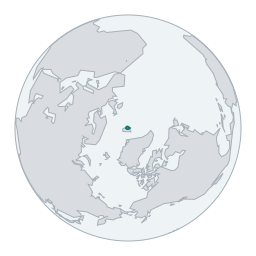 Suðurland highlighted on a globe, orthographic projection, rotated 195°
{"feature_id": "ISL-705", "entity_name": "Suðurland", "entity_type": "Region", "adm_level": 1, "iso_a3": "ISL", "parent_name": "Iceland", "parent_adm1": "", "projection": "orthographic", "projection_center": [-19.582, 64.139], "detail": "fine", "context": "on_globe", "style": "filled", "palette": "teal", "viewbox_px": 256, "rotation_deg": 195, "n_neighbors": 0, "source": "natural_earth", "source_scale": "10m", "svg_char_len": 10681}
<svg xmlns="http://www.w3.org/2000/svg" viewBox="0 0 256 256"><g transform="rotate(195 128 128)"><circle cx="128" cy="128" r="113" fill="#eef3f6" stroke="#a8b0b8"/><path d="M39.2,197.3L37.2,194.7L29.4,181.1L30.4,180.6L29.2,177.5L33.2,179.0L32.9,173.1L31.7,170.5L30.0,170.1L26.6,160.0L26.4,153.8L21.7,122.8L22.4,118.0L24.3,114.8L32.7,94.3L24.5,108.9L25.8,103.3L28.7,96.6L29.4,97.4L34.4,89.8L37.0,84.1L45.0,76.4L55.5,73.8L53.3,76.5L56.1,75.7L59.0,72.3L60.3,70.3L73.9,64.1L84.5,55.0L85.2,51.0L87.2,52.9L86.5,44.6L90.6,39.6L87.7,46.0L88.7,47.4L92.3,44.3L94.0,45.0L96.8,44.0L98.6,45.2L96.8,49.0L97.9,49.9L100.4,47.7L103.8,47.6L100.0,50.7L105.5,50.9L103.4,57.7L91.8,65.6L92.3,70.9L84.7,83.1L87.0,83.1L85.6,88.0L87.7,89.9L85.7,91.8L89.2,91.7L90.6,89.6L92.6,88.9L94.1,89.9L91.7,92.4L90.7,92.3L90.7,93.6L88.9,94.4L90.6,94.5L87.6,97.6L92.6,96.1L91.9,99.8L89.4,101.4L87.0,99.2L75.2,98.1L71.9,99.3L69.6,103.1L70.8,114.3L68.2,116.6L66.7,121.1L69.3,120.7L71.4,117.0L75.9,117.5L78.0,113.1L80.2,112.7L83.4,109.1L85.7,111.8L86.2,116.5L83.7,119.7L83.9,121.9L88.6,120.8L86.0,128.7L88.2,137.6L87.3,139.5L81.3,139.6L75.5,134.6L67.7,135.3L75.6,137.2L73.0,142.2L73.8,144.0L75.6,145.2L77.7,144.3L77.4,146.5L69.5,145.4L69.6,143.3L72.1,143.6L69.4,141.4L64.0,141.0L63.2,143.7L56.0,140.5L55.3,142.5L53.3,143.0L54.9,140.1L51.9,145.4L43.3,143.3L39.0,151.8L40.2,141.8L38.7,137.6L36.5,133.3L35.7,134.6L33.8,127.5L30.2,124.4L26.1,128.3L24.4,134.8L26.7,142.0L28.8,141.7L31.2,146.1L26.6,148.9L30.5,158.2L28.5,161.8L29.2,166.4L31.8,169.8L34.3,174.8L37.1,175.1L41.1,178.1L40.2,181.7L43.2,180.9L44.9,184.9L53.5,192.5L52.6,192.8L59.7,202.8L68.9,210.4L71.0,213.9L69.8,214.6L73.3,216.8L73.4,217.7L88.8,225.3L97.7,229.8L98.2,232.1L92.1,232.4L89.9,233.9L84.1,231.7L76.7,228.3L69.5,224.3L62.7,219.8L56.2,214.8L50.1,209.4L44.5,203.5L39.2,197.3ZM54.3,42.8L55.0,42.3L53.2,43.8L53.8,43.3L54.3,42.8ZM56.3,41.1L55.9,41.5L56.4,41.1L56.3,41.1ZM57.3,40.4L56.6,40.9L57.3,40.3L57.3,40.4ZM58.5,39.4L57.9,39.9L58.5,39.4ZM37.4,153.9L41.9,166.0L38.0,161.6L39.0,161.9L38.1,158.3L36.0,152.7L33.0,148.8L37.4,153.9ZM60.6,37.8L61.2,37.4L60.7,37.8L60.6,37.8ZM42.4,153.7L41.5,151.9L42.5,153.4L42.4,153.7ZM60.6,69.3L58.9,72.2L55.6,75.0L56.7,72.5L60.6,69.3ZM67.1,64.3L66.9,65.8L63.8,66.3L64.9,65.3L67.1,64.3ZM85.2,48.0L83.5,49.8L84.6,47.8L85.2,48.0ZM96.9,43.6L96.8,42.9L98.2,42.7L96.9,43.6ZM81.9,107.8L82.6,108.4L81.6,108.8L81.9,107.8ZM82.6,105.7L80.9,105.7L81.0,104.7L82.0,104.7L82.6,105.7ZM102.4,44.4L104.8,44.3L102.0,45.0L102.4,44.4ZM84.6,106.0L81.4,102.9L81.6,101.2L85.6,99.9L84.6,106.0ZM105.9,44.7L111.7,44.7L112.0,43.1L114.4,47.9L108.7,46.2L105.3,47.3L106.7,45.8L105.9,44.7ZM90.5,88.6L89.0,90.8L88.9,88.1L90.5,88.6ZM90.0,87.0L86.9,79.9L89.8,77.2L90.2,80.0L92.9,75.9L95.8,78.1L95.0,80.8L92.6,82.1L95.5,82.0L90.0,87.0ZM114.9,50.6L116.0,51.2L114.4,51.3L114.9,50.6ZM93.4,88.5L92.6,87.2L95.0,84.8L97.2,86.8L95.7,86.9L93.4,88.5ZM92.2,73.8L94.4,72.4L97.3,73.8L98.6,73.4L96.1,77.9L92.2,73.8ZM95.9,88.0L98.3,87.9L98.4,90.0L94.5,89.5L95.9,88.0ZM94.7,83.3L96.0,82.2L96.0,83.5L94.7,83.3ZM100.2,97.5L99.1,96.0L100.3,94.5L100.2,97.5ZM99.2,87.8L99.1,87.1L99.4,86.4L101.0,86.8L99.2,87.8ZM98.4,78.6L99.2,79.5L99.6,76.8L101.8,77.8L99.7,80.7L101.6,79.9L102.3,80.2L99.8,82.2L98.4,78.6ZM103.6,85.1L101.8,89.2L103.6,92.3L102.6,93.6L99.9,88.4L103.6,85.1ZM101.6,83.2L102.6,84.7L100.9,85.5L99.1,85.0L101.6,83.2ZM104.1,77.5L101.2,75.2L101.7,74.7L104.1,77.5ZM104.5,85.8L104.9,84.8L104.8,85.9L104.5,85.8ZM104.6,79.8L103.5,79.1L104.1,78.5L104.6,79.8ZM106.7,83.5L106.1,84.8L104.8,84.5L106.7,83.5ZM106.0,81.7L107.1,81.1L104.8,83.6L105.4,81.4L106.0,81.7ZM105.4,79.4L105.4,78.8L105.7,79.8L105.4,79.4ZM111.6,84.0L108.9,87.3L106.2,86.6L109.2,83.5L111.6,84.0ZM225.0,70.8L224.2,70.1L227.1,75.2L225.8,73.6L225.0,75.5L228.5,83.1L234.7,97.8L237.3,102.8L238.7,108.7L236.1,109.2L232.8,106.5L233.2,110.4L229.5,113.4L226.9,127.2L225.3,127.3L225.1,130.6L222.2,134.1L219.4,133.7L218.2,137.0L225.5,137.6L226.6,134.1L225.9,128.2L227.8,129.5L230.4,126.6L231.9,138.7L226.0,162.1L223.4,159.0L208.6,157.2L208.0,155.2L207.8,155.0L207.5,154.8L208.2,158.6L205.0,157.7L215.0,161.5L217.6,164.5L225.9,162.6L225.6,164.1L227.7,162.5L232.0,150.5L232.4,152.0L231.7,163.4L224.0,184.4L223.9,186.9L222.6,189.1L217.6,196.3L212.0,203.1L205.9,209.4L199.3,215.2L192.3,220.5L184.9,225.2L183.9,225.1L188.3,221.2L188.4,219.5L181.5,218.1L183.2,213.6L180.8,213.0L176.3,215.6L173.4,214.7L170.4,215.9L150.6,223.3L143.3,221.8L131.7,213.5L134.4,208.9L132.8,203.6L149.6,179.2L155.6,178.8L171.5,168.6L174.0,168.2L174.7,173.7L188.8,171.6L190.2,165.5L200.4,160.4L205.5,154.6L202.7,144.4L194.3,153.9L190.3,151.4L194.9,140.3L201.8,132.0L200.5,130.8L193.9,132.8L193.3,127.6L191.4,133.1L193.8,133.3L192.7,136.8L190.4,136.9L190.3,135.0L187.6,136.8L188.9,145.4L191.5,146.5L185.8,153.5L189.5,156.1L188.7,159.4L182.1,156.4L181.0,154.0L170.5,152.3L171.1,155.4L181.1,157.3L178.9,158.2L179.8,162.6L177.5,159.9L166.4,157.3L159.7,162.8L155.1,176.2L150.4,178.7L144.7,178.2L142.6,167.4L153.3,163.1L152.7,159.4L147.2,155.7L151.0,154.8L150.1,152.9L153.8,151.0L155.8,144.2L159.1,141.8L156.8,135.3L158.2,133.2L159.2,137.7L161.6,139.6L169.5,133.7L170.1,131.4L167.9,127.7L170.4,126.7L167.3,123.8L170.3,118.9L164.1,122.6L161.4,118.6L161.5,113.6L159.5,113.0L159.3,121.2L160.3,123.9L162.9,125.0L164.4,133.3L162.4,136.2L156.6,130.3L153.0,133.8L150.0,127.9L152.3,109.2L154.9,103.5L165.6,101.7L166.8,105.0L163.6,107.2L169.4,108.5L167.6,106.8L169.6,106.0L167.6,102.1L168.9,101.4L164.7,99.1L166.1,97.7L168.7,99.3L166.9,92.7L169.0,89.2L167.9,88.1L166.2,87.9L170.0,83.7L169.1,83.0L167.5,84.2L164.5,83.7L160.9,81.3L162.4,79.9L163.9,80.6L169.4,80.2L173.2,82.4L173.5,81.6L170.5,79.4L163.8,79.9L161.2,78.8L164.2,78.1L162.9,78.3L162.0,77.4L162.6,75.2L159.2,75.9L147.9,67.9L147.9,63.2L151.9,63.3L145.6,56.9L146.0,52.5L144.6,53.5L140.6,51.3L140.3,52.6L139.3,53.0L128.9,48.4L127.6,46.4L121.5,45.9L120.7,46.4L121.3,47.8L114.4,47.9L112.0,43.1L113.9,42.0L111.1,39.9L115.7,37.9L118.3,35.4L124.9,34.7L126.3,32.9L125.1,32.3L126.1,29.5L132.5,26.2L132.8,31.5L124.3,37.8L128.3,35.4L129.0,36.8L131.5,36.5L134.1,34.8L133.4,34.1L146.1,36.3L155.8,35.0L151.1,32.6L150.5,30.5L157.4,27.6L175.0,31.1L174.4,29.0L175.9,28.9L179.9,30.9L177.8,31.0L179.7,32.9L177.9,32.8L183.6,36.2L181.3,36.1L186.8,38.9L187.3,37.9L183.1,34.8L188.9,37.4L187.7,34.7L190.1,35.1L200.8,42.4L207.9,49.0L208.9,49.8L210.3,51.7L214.3,56.0L213.9,55.2L219.8,62.7L225.0,70.8ZM146.7,191.5L146.9,193.3L146.7,191.5ZM211.2,127.1L214.0,121.2L209.2,118.9L209.9,116.5L208.0,116.6L208.9,118.8L203.7,118.6L203.7,114.4L201.5,112.9L200.5,114.8L201.4,122.5L208.8,122.7L209.6,126.2L211.2,127.1ZM53.8,192.7L54.7,194.3L53.3,193.1L53.8,192.7ZM36.8,162.5L38.0,164.4L38.5,166.0L37.4,164.8L36.8,162.5ZM49.2,177.3L51.0,179.5L48.9,177.9L49.2,177.3ZM42.8,167.8L47.8,175.7L43.6,172.9L40.6,167.9L43.1,170.4L42.8,167.8ZM40.4,155.3L41.0,156.7L40.4,157.1L40.4,155.3ZM43.1,154.8L42.8,154.4L42.7,153.2L43.1,154.8ZM73.5,142.2L74.1,142.4L75.6,143.9L74.3,144.0L73.5,142.2ZM86.1,146.7L85.3,150.3L84.9,147.7L82.9,148.3L79.6,143.7L86.6,140.2L84.0,142.6L86.1,146.7ZM77.1,136.8L78.4,140.0L76.7,136.7L77.1,136.8ZM141.4,144.4L143.7,145.0L143.8,147.8L139.6,151.2L139.4,147.2L141.4,144.4ZM147.0,145.4L142.3,138.8L144.7,136.6L144.2,138.9L146.2,138.1L145.9,141.7L152.7,146.1L153.3,148.8L145.2,153.3L147.6,150.3L145.1,149.8L147.0,145.4ZM126.1,127.4L124.2,125.0L132.0,123.3L132.9,125.8L128.8,129.3L125.3,128.3L126.1,127.4ZM92.3,104.6L91.1,104.0L91.7,103.3L93.3,103.2L92.3,104.6ZM99.6,96.9L98.5,106.5L97.0,106.2L98.2,112.3L94.7,114.1L94.1,110.1L92.3,116.1L90.3,113.2L89.5,117.4L88.4,108.3L86.6,106.1L90.0,107.8L93.2,106.2L94.1,104.8L95.1,99.3L92.7,93.8L95.6,91.5L98.2,91.3L99.2,92.2L97.1,93.4L100.0,93.8L97.6,96.3L99.6,96.9ZM127.7,92.1L124.7,92.8L130.2,94.7L127.8,96.9L128.6,97.0L128.0,99.6L128.5,103.0L127.0,103.6L127.9,104.7L127.5,106.5L128.1,108.1L125.8,110.0L126.4,112.2L124.9,111.8L126.6,115.2L124.3,113.5L123.5,115.8L126.2,116.2L111.8,122.8L107.6,127.1L105.3,131.6L101.7,128.4L101.4,122.1L103.3,115.1L107.9,111.6L105.4,110.8L106.9,108.9L108.3,110.3L107.0,107.1L108.6,105.9L110.3,100.1L107.5,96.4L108.1,94.2L109.9,95.1L109.2,92.4L113.1,92.6L113.5,91.1L117.8,90.0L121.1,92.7L121.4,90.8L124.7,90.0L127.7,92.1ZM112.9,83.8L117.4,86.4L118.3,88.9L110.4,89.9L109.5,91.2L104.5,92.0L103.3,88.4L104.8,88.5L106.0,87.7L105.9,89.1L106.9,87.4L109.0,87.5L110.4,86.2L111.5,87.4L112.9,83.8ZM175.2,165.2L176.7,164.4L178.9,162.7L179.4,165.6L175.2,165.2ZM167.6,163.6L168.8,162.5L170.7,165.5L169.0,166.3L167.6,163.6ZM167.9,159.3L168.7,162.2L167.3,161.1L167.9,159.3ZM160.1,136.5L161.2,135.2L162.0,135.9L162.1,137.6L160.1,136.5ZM143.4,98.7L141.5,98.6L141.5,97.8L138.1,95.4L139.6,93.7L142.2,94.4L143.4,98.7ZM202.2,147.6L201.6,150.9L200.5,151.0L200.9,149.8L202.2,147.6ZM190.7,159.2L194.1,157.8L190.8,160.0L190.7,159.2ZM144.4,96.4L142.9,95.6L144.6,95.2L144.4,96.4ZM140.5,92.3L142.2,91.5L139.4,93.2L140.5,92.3ZM237.4,102.7L237.8,102.9L238.4,105.5L237.4,102.7ZM209.8,50.6L211.9,52.9L211.5,52.6L208.6,49.5L209.8,50.6ZM192.0,35.7L193.7,36.6L194.7,37.3L194.8,37.5L192.0,35.7ZM154.8,81.2L157.8,86.4L161.0,89.1L164.3,89.1L160.9,91.4L156.0,87.2L154.8,81.2ZM148.6,69.7L145.7,69.9L146.1,68.5L146.8,68.2L148.6,69.7ZM147.5,70.7L145.7,73.5L143.5,72.8L145.3,70.7L147.5,70.7ZM145.2,84.8L146.0,86.4L144.6,86.7L145.2,84.8ZM171.6,25.7L171.1,26.0L168.5,24.9L169.6,25.0L171.6,25.7ZM159.8,21.9L167.7,24.7L173.9,27.3L172.9,26.5L175.9,27.3L176.5,28.4L170.8,26.5L166.4,24.5L164.0,24.4L159.7,23.3L158.0,23.9L155.6,23.6L155.8,22.5L159.8,21.9ZM157.5,24.4L153.0,25.6L149.0,23.7L149.1,23.0L152.8,23.2L154.7,24.2L157.5,24.4ZM150.7,25.4L152.5,26.4L149.6,31.2L148.0,31.8L148.1,26.9L149.8,27.6L151.2,26.8L150.7,25.4ZM116.5,50.3L116.0,51.1L115.6,50.2L116.5,50.3ZM139.3,53.8L137.9,54.1L137.4,52.9L139.3,53.8ZM133.6,54.3L135.1,55.4L132.9,54.8L133.6,54.3ZM138.6,57.7L135.4,56.0L139.4,56.8L138.6,57.7Z" fill="#d9dde1" stroke="#a8b0b8" stroke-width="1"/><path d="M129.9,128.7L129.7,128.7L129.6,128.8L129.7,128.7L129.6,128.8L129.4,128.9L129.5,128.9L129.5,129.0L129.4,129.0L129.5,129.0L129.4,129.2L129.3,129.3L129.2,129.3L129.2,129.2L129.3,129.2L129.2,129.2L129.1,129.3L128.9,129.4L128.7,129.5L128.5,129.4L128.4,129.4L128.5,129.4L128.4,129.4L128.2,129.4L127.9,129.2L127.7,129.2L127.8,129.2L127.6,129.2L127.3,129.1L127.3,128.9L127.2,128.9L127.3,129.0L127.2,128.9L127.2,128.7L127.3,128.7L127.3,128.8L127.3,128.7L127.2,128.7L127.1,128.8L127.0,128.7L126.9,128.7L126.7,128.6L126.6,128.4L126.6,128.5L126.2,128.6L126.2,128.2L126.3,128.2L126.4,127.9L126.5,127.7L126.9,127.3L127.0,127.2L127.4,127.0L127.6,126.9L127.7,126.7L127.9,126.8L128.1,126.7L128.4,126.7L128.6,126.6L129.0,126.5L129.4,126.8L129.8,127.0L130.3,127.3L129.9,128.2L129.9,128.3L129.9,128.7L129.9,128.7Z" fill="#14b8a6" stroke="#0f766e" stroke-width="1.5"/></g></svg>